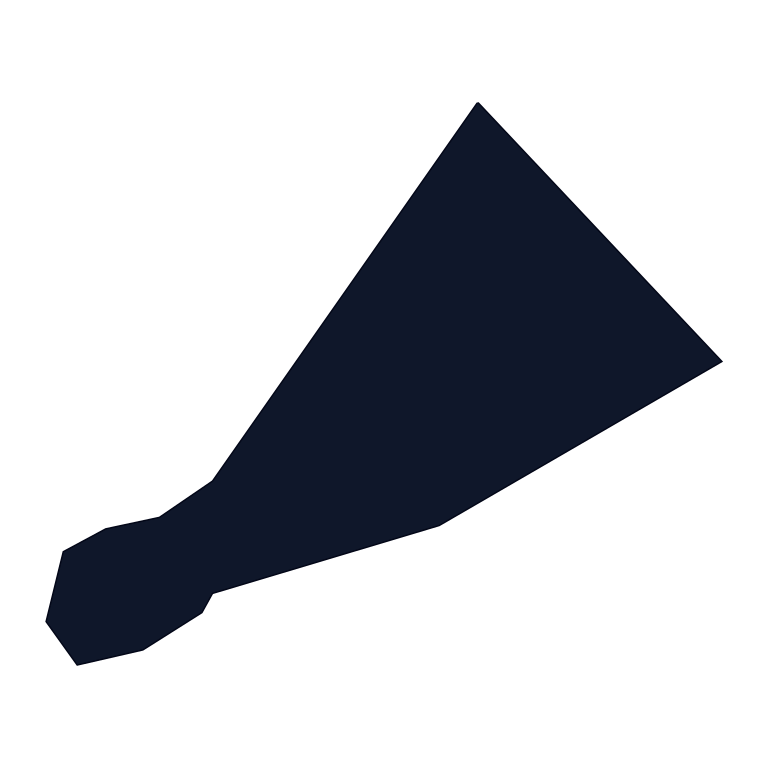 an SVG outline of Conakry
{"feature_id": "GIN-5630", "entity_name": "Conakry", "entity_type": "Administrative Zone", "adm_level": 1, "iso_a3": "GIN", "parent_name": "Guinea", "parent_adm1": "", "projection": "mercator", "projection_center": [-13.696, 9.54], "detail": "fine", "context": "isolated", "style": "filled", "palette": "ink", "viewbox_px": 768, "rotation_deg": 0, "n_neighbors": 0, "source": "natural_earth", "source_scale": "10m", "svg_char_len": 297}
<svg xmlns="http://www.w3.org/2000/svg" viewBox="0 0 768 768"><path d="M721.9,361.5L439.2,525.5L212.5,593.4L201.9,612.6L142.9,649.9L77.2,665.0L46.1,621.6L63.3,551.7L105.7,528.9L159.4,517.4L212.5,481.1L477.0,103.3L478.4,103.0L721.9,361.5Z" fill="#0f172a" stroke="#020617" stroke-width="1.5"/></svg>